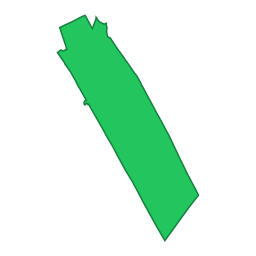 Ulmeni, Buzau, Romania
{"feature_id": "2599482B910434267190", "entity_name": "Ulmeni", "entity_type": "district", "adm_level": 2, "iso_a3": "ROU", "parent_name": "Romania", "parent_adm1": "Buzau", "projection": "mercator", "projection_center": [26.647, 45.069], "detail": "fine", "context": "isolated", "style": "filled", "palette": "green", "viewbox_px": 256, "rotation_deg": 0, "n_neighbors": 0, "source": "geoboundaries", "source_scale": "gbopen_adm2", "svg_char_len": 3971}
<svg xmlns="http://www.w3.org/2000/svg" viewBox="0 0 256 256"><path d="M168.9,135.3L168.7,135.0L168.2,134.1L167.4,132.6L166.2,130.5L166.1,130.2L165.8,129.7L165.3,128.7L164.9,128.1L164.7,127.6L164.4,127.0L164.0,126.3L163.7,125.8L163.5,125.4L161.1,120.8L160.5,119.9L159.6,118.2L158.4,116.0L157.6,114.7L156.2,112.1L154.9,109.6L150.5,101.4L149.9,100.2L148.7,98.1L148.3,97.4L146.3,93.6L145.4,92.0L144.4,90.1L144.1,89.5L143.3,88.1L142.4,86.3L141.9,85.5L141.4,84.8L141.0,83.6L140.8,83.2L140.6,82.8L140.6,82.7L137.3,76.7L137.0,76.4L136.4,75.3L135.9,74.7L135.5,74.1L135.1,73.9L134.9,73.6L134.5,73.1L133.9,72.2L133.5,71.6L133.3,71.3L133.0,70.9L132.8,70.5L132.2,69.7L131.9,69.2L131.6,68.8L131.4,68.5L131.2,68.2L130.9,67.9L130.8,67.6L130.5,67.2L130.1,66.6L129.7,66.0L129.1,65.2L128.4,64.1L128.0,63.5L127.3,62.5L127.0,62.1L126.7,61.7L126.2,61.1L125.7,60.4L125.0,59.4L124.6,58.8L124.1,58.0L123.6,57.4L123.3,56.8L121.6,54.5L119.7,51.9L118.8,50.7L117.9,49.4L117.2,48.5L115.6,46.1L113.5,42.9L111.8,40.4L110.8,38.7L110.5,38.3L110.2,37.9L109.7,37.6L108.8,37.4L108.3,37.4L108.1,37.3L107.9,37.1L107.7,36.6L107.5,35.8L106.8,33.2L106.6,32.5L106.6,31.6L106.7,30.8L106.8,29.9L106.7,29.8L106.7,29.7L106.7,29.3L106.8,28.9L106.9,28.4L107.0,28.0L107.0,27.6L106.8,27.0L106.5,25.7L106.5,25.4L106.2,24.4L106.2,23.8L106.2,23.3L105.3,23.6L105.2,23.7L105.1,23.8L104.3,24.0L103.1,23.8L101.8,23.0L99.6,22.0L98.8,21.2L97.0,18.6L96.2,17.5L96.2,18.0L95.9,18.8L95.6,19.9L95.2,21.1L94.9,21.9L94.6,22.7L94.0,24.3L93.5,25.7L92.8,27.6L92.4,28.6L92.0,28.1L91.7,27.5L91.4,26.9L90.8,26.0L90.4,25.2L89.8,24.0L89.2,22.8L88.9,22.2L88.5,21.5L88.2,21.0L86.7,18.2L85.1,15.4L84.7,15.4L83.9,15.8L82.9,16.2L82.0,16.6L81.0,17.1L79.4,17.8L77.9,18.7L77.3,19.0L76.8,19.4L76.6,19.5L76.4,19.6L76.1,19.7L75.7,19.9L75.1,20.2L74.8,20.4L74.5,20.5L74.3,20.6L73.9,20.8L73.5,21.0L72.7,21.4L72.3,21.6L72.1,21.7L71.6,22.0L71.2,22.2L70.7,22.4L69.2,23.1L68.7,23.3L67.9,23.6L67.3,23.9L65.8,24.6L64.9,25.0L59.7,27.6L61.3,32.5L65.9,46.2L66.4,48.2L66.7,49.0L66.9,49.4L66.0,49.8L62.9,50.9L62.7,50.9L62.2,50.6L61.4,50.1L61.2,49.9L60.3,50.4L57.5,52.5L58.6,54.2L59.8,55.9L60.9,57.6L61.9,59.0L62.3,59.5L62.6,59.9L64.3,62.5L64.7,63.2L65.1,63.8L65.1,64.5L65.6,64.9L66.6,66.4L67.7,67.9L68.6,69.3L70.4,71.7L70.9,72.6L71.6,73.8L72.1,74.7L72.6,75.6L73.4,77.1L74.1,78.3L73.6,77.4L74.4,78.8L75.0,79.8L75.9,81.5L76.8,83.2L77.2,84.5L77.7,85.2L81.2,91.1L81.2,91.3L81.4,91.7L82.3,93.2L84.6,97.2L86.4,100.4L86.4,100.5L85.9,100.6L84.9,100.9L84.5,101.0L84.2,102.6L84.0,102.9L84.2,104.3L84.6,104.8L85.1,104.8L86.6,103.5L87.3,103.6L87.7,103.9L87.9,104.6L88.7,104.4L89.1,105.2L89.7,106.2L91.7,109.8L91.8,109.8L92.0,110.3L93.1,112.2L95.3,116.0L96.4,118.0L97.0,118.9L97.8,120.5L100.7,125.4L101.8,127.3L103.6,130.5L104.8,132.7L105.4,134.0L106.2,135.6L107.8,138.2L108.3,139.1L108.9,140.1L111.4,144.4L112.5,146.1L116.0,152.8L117.2,155.2L120.0,160.2L121.8,163.6L123.4,166.5L125.3,170.0L132.6,182.0L133.3,183.3L133.7,184.1L134.2,185.1L134.8,186.1L135.2,186.9L135.9,188.1L136.3,188.9L137.0,190.3L138.3,192.6L138.7,193.5L139.5,194.8L140.0,195.9L140.3,196.5L141.1,198.0L141.6,199.0L142.1,199.9L142.8,201.3L144.3,204.1L144.9,205.2L145.8,206.8L146.3,207.7L146.8,208.6L147.3,209.7L147.6,210.2L148.3,211.5L149.1,212.9L150.5,215.4L152.1,218.3L153.0,220.0L153.5,220.9L154.2,222.1L154.7,223.0L155.2,223.9L155.9,225.1L156.0,225.3L156.3,225.8L156.6,226.3L156.8,226.8L157.0,227.0L157.7,228.2L157.9,228.7L158.8,230.2L159.3,231.1L160.0,232.2L160.4,233.0L160.8,233.6L161.4,234.7L161.9,235.5L162.5,236.6L162.9,237.3L163.4,238.2L164.7,240.2L164.9,240.6L168.2,236.0L172.2,230.5L178.6,221.6L184.1,214.0L190.1,205.9L192.5,202.8L194.4,200.4L195.7,198.8L197.4,196.7L198.5,195.1L196.7,191.6L196.1,190.4L195.5,189.3L194.9,187.9L193.4,185.4L186.7,172.6L184.2,167.3L180.8,160.4L179.6,158.0L179.0,156.7L177.0,152.4L175.1,148.5L174.7,147.7L174.6,147.3L173.7,145.4L170.9,139.6L170.2,138.0L169.7,137.0L169.4,136.4L169.2,135.9L169.0,135.6L168.9,135.3Z" fill="#22c55e" stroke="#15803d" stroke-width="1.5"/></svg>